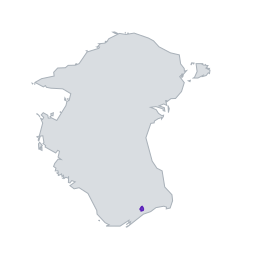 Morawa, Western Australia, Australia shown in context, rotated 259°
{"feature_id": "25037944B80693108839344", "entity_name": "Morawa", "entity_type": "district", "adm_level": 2, "iso_a3": "AUS", "parent_name": "Australia", "parent_adm1": "Western Australia", "projection": "albers", "projection_center": [116.014, -29.035], "detail": "fine", "context": "in_parent", "style": "filled", "palette": "violet", "viewbox_px": 256, "rotation_deg": 259, "n_neighbors": 0, "source": "geoboundaries", "source_scale": "gbopen_adm2", "svg_char_len": 4294}
<svg xmlns="http://www.w3.org/2000/svg" viewBox="0 0 256 256"><g transform="rotate(259 128 128)"><path d="M192.9,52.6L193.1,65.4L196.9,65.7L200.3,70.4L199.1,78.0L200.9,81.2L199.7,88.3L200.5,92.3L210.4,102.3L211.8,114.6L212.9,115.5L213.7,113.6L215.6,116.4L216.3,115.5L215.7,121.4L216.6,123.5L219.3,126.2L222.5,137.6L220.2,143.8L220.0,152.1L212.4,165.2L208.7,169.7L201.8,173.9L193.7,184.0L190.0,192.3L180.9,191.9L175.7,194.5L173.0,194.2L173.2,196.5L169.9,192.3L170.7,191.7L170.6,190.9L169.8,190.7L168.1,191.7L167.3,190.6L169.3,189.7L168.6,188.5L161.8,191.9L153.6,187.5L147.9,180.3L148.6,175.7L146.2,170.9L147.5,171.3L147.7,170.1L142.8,170.4L144.8,167.6L143.8,162.7L141.1,167.5L137.5,167.4L138.4,165.8L140.0,166.1L143.7,159.5L144.0,154.1L140.6,159.2L136.6,160.7L133.7,163.6L133.8,165.4L132.4,164.9L130.4,162.6L131.8,162.9L131.4,159.4L129.8,155.3L128.0,154.6L128.2,151.3L115.0,143.7L90.9,145.4L83.0,148.7L79.4,153.3L63.1,152.8L54.1,158.4L48.1,157.9L41.4,154.1L41.3,150.1L43.0,150.7L44.4,148.3L44.5,140.3L41.6,134.3L40.5,126.7L32.3,110.9L35.5,112.6L33.5,107.8L34.9,110.6L37.3,111.4L33.2,101.5L35.9,87.8L36.6,91.0L39.4,87.5L49.4,81.2L53.0,81.6L71.4,76.2L78.7,68.6L78.6,63.5L82.5,60.0L85.2,65.9L87.1,62.8L85.2,60.5L85.9,59.1L92.0,60.5L90.1,59.8L91.5,57.6L90.6,55.6L93.9,55.6L92.8,54.0L95.6,54.0L94.8,51.8L97.4,49.6L97.4,51.1L99.4,51.0L99.8,48.4L102.4,49.6L104.4,47.6L107.2,49.3L110.8,53.5L109.8,56.4L112.8,53.8L118.2,56.3L119.5,54.8L117.3,52.3L125.2,43.0L126.4,43.8L129.0,41.6L129.7,42.7L136.6,42.9L136.8,40.4L132.4,38.0L133.2,37.5L149.1,45.2L154.2,44.1L152.7,45.8L154.5,47.3L157.4,45.3L159.2,47.7L155.8,51.7L152.9,51.6L152.5,54.9L149.0,59.5L161.9,71.4L165.7,73.1L166.4,75.5L172.6,78.4L178.9,71.4L181.8,59.9L183.5,55.7L185.4,55.0L184.5,52.8L190.5,45.4L192.9,52.6ZM164.4,202.5L170.2,206.6L178.2,207.1L176.8,214.1L176.6,212.8L175.5,214.0L174.0,218.4L171.9,215.9L169.1,219.5L165.9,218.4L166.9,217.4L164.6,214.7L164.3,210.9L165.4,211.8L163.7,206.2L164.4,202.5ZM124.6,36.5L129.5,37.1L130.8,38.5L127.3,40.6L124.6,36.5ZM135.4,170.6L142.3,171.6L139.1,172.2L135.4,170.6ZM156.7,54.9L157.2,57.6L154.3,56.7L155.1,55.0L156.7,54.9ZM222.4,136.4L223.2,133.5L225.0,131.4L224.8,133.3L222.4,136.4ZM177.8,201.7L179.8,202.8L179.6,203.8L177.8,201.7ZM124.1,37.1L125.5,39.8L122.4,39.3L124.1,37.1ZM162.9,198.3L161.7,197.7L162.8,196.2L162.9,198.3ZM169.6,71.8L168.1,72.3L166.6,72.4L167.6,71.1L169.6,71.8ZM32.3,110.2L31.2,108.8L31.0,107.5L31.2,107.4L32.3,110.2ZM178.8,204.6L179.5,205.5L178.0,204.5L178.8,204.6ZM216.5,122.0L217.4,122.3L217.0,123.6L216.5,122.0ZM200.1,88.2L201.1,89.3L200.8,89.7L200.1,88.2ZM171.2,218.3L171.0,219.4L170.3,218.9L171.2,218.3ZM221.3,145.3L220.9,146.9L221.3,145.3ZM136.9,38.0L136.2,37.2L136.8,36.9L136.9,38.0ZM159.2,41.6L157.8,42.7L159.5,40.8L159.2,41.6ZM222.1,143.5L221.4,143.9L221.9,143.4L222.1,143.5ZM156.8,64.8L156.1,64.9L156.6,64.4L156.8,64.8ZM154.4,54.4L153.5,54.4L154.1,53.7L154.4,54.4ZM43.0,81.3L42.8,82.4L42.4,82.3L43.0,81.3ZM189.2,44.5L189.0,45.4L188.8,44.7L189.2,44.5ZM169.7,191.1L169.8,191.6L169.6,191.4L169.7,191.1ZM157.4,43.0L155.7,43.6L157.5,42.8L157.4,43.0ZM95.0,50.6L94.4,51.1L94.8,50.5L95.0,50.6ZM171.8,217.6L171.4,217.7L171.7,217.4L171.8,217.6ZM168.3,74.7L167.5,74.5L168.1,74.0L168.3,74.7ZM91.5,54.9L91.0,55.2L91.1,54.4L91.5,54.9ZM175.5,216.1L174.9,216.3L175.2,215.7L175.5,216.1ZM190.3,42.4L190.0,42.9L189.6,42.6L190.3,42.4ZM169.2,191.7L169.7,192.4L168.8,192.0L169.2,191.7ZM211.8,102.6L211.3,102.5L211.7,101.9L211.8,102.6ZM213.3,113.4L213.0,113.3L213.4,112.9L213.3,113.4ZM164.8,201.7L164.6,202.1L164.6,201.5L164.8,201.7Z" fill="#d9dde1" stroke="#a8b0b8" stroke-width="1"/><path d="M44.1,125.7L44.1,125.9L44.2,126.0L44.3,126.0L44.5,126.1L44.4,126.2L44.3,126.4L44.3,126.5L44.3,126.8L44.3,127.0L44.6,127.0L44.7,127.3L44.8,127.4L45.0,127.4L45.2,127.5L45.5,127.7L45.8,127.6L46.0,127.6L46.4,127.6L46.4,127.4L46.5,127.4L46.9,127.4L47.0,127.4L47.3,127.3L47.5,127.3L47.7,127.2L47.7,126.9L47.8,126.9L48.2,126.9L48.2,126.4L47.8,126.4L47.7,126.4L47.6,126.0L47.5,125.6L47.0,125.6L47.0,125.4L46.9,125.4L46.7,125.3L46.7,125.2L46.4,125.0L46.3,124.8L46.3,124.7L46.2,124.7L46.1,124.4L45.8,124.4L45.8,124.6L45.7,124.6L45.5,124.8L45.4,124.8L45.3,125.0L45.2,125.0L44.9,125.1L44.7,125.1L44.4,125.1L44.1,125.1L44.1,125.3L44.1,125.5L44.1,125.7Z" fill="#8b5cf6" stroke="#5b21b6" stroke-width="1.5"/></g></svg>